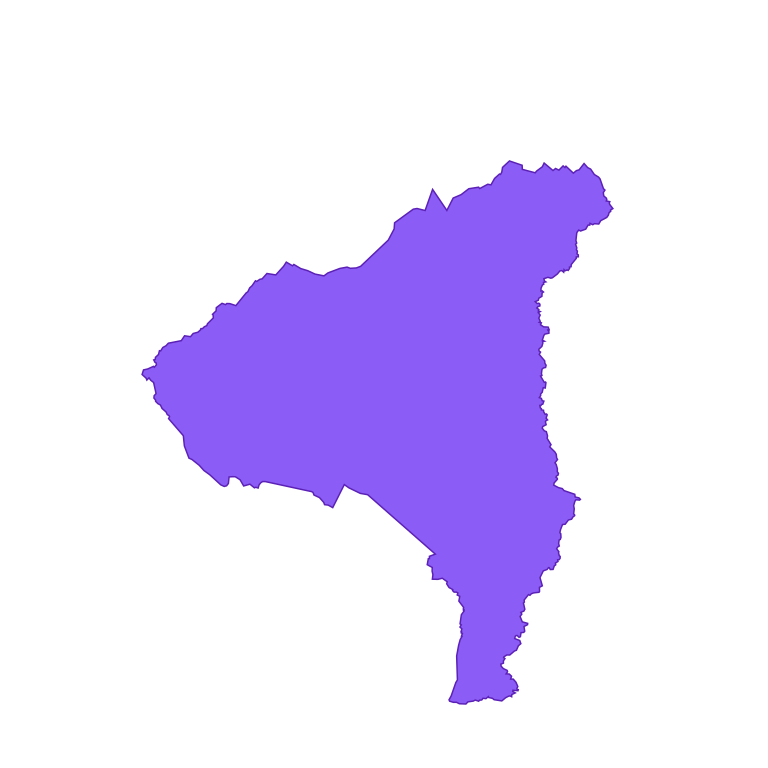 the district of Pueai Noi, Khon Kaen, Thailand, rotated 20°
{"feature_id": "78962969B8052228194876", "entity_name": "Pueai Noi", "entity_type": "district", "adm_level": 2, "iso_a3": "THA", "parent_name": "Thailand", "parent_adm1": "Khon Kaen", "projection": "mercator", "projection_center": [102.886, 15.893], "detail": "fine", "context": "isolated", "style": "filled", "palette": "violet", "viewbox_px": 768, "rotation_deg": 20, "n_neighbors": 0, "source": "geoboundaries", "source_scale": "gbopen_adm2", "svg_char_len": 6170}
<svg xmlns="http://www.w3.org/2000/svg" viewBox="0 0 768 768"><g transform="rotate(20 384 384)"><path d="M162.0,433.4L160.1,437.1L160.6,439.3L159.4,440.1L161.3,441.9L162.6,442.1L163.6,443.8L162.4,446.8L161.3,446.3L156.8,450.7L153.2,453.0L153.4,457.8L158.5,459.9L159.8,461.4L161.1,458.6L163.6,460.3L167.0,461.4L173.1,471.0L172.0,473.6L172.6,475.9L174.9,477.3L175.3,478.4L178.2,479.8L181.1,480.2L183.8,482.9L188.9,484.9L190.8,486.9L192.7,487.2L193.7,488.1L193.4,490.2L213.1,501.2L217.6,510.5L226.1,520.4L229.3,520.6L238.2,523.6L244.4,526.9L251.4,528.9L265.1,534.6L268.9,534.9L270.9,533.5L271.8,530.7L270.2,524.3L273.4,522.9L276.0,522.0L281.5,523.2L287.0,527.8L292.3,524.0L297.7,525.9L298.9,524.9L301.3,524.8L301.1,521.5L302.0,518.9L303.3,517.2L305.8,516.3L352.7,509.9L354.3,510.1L356.2,512.3L362.2,512.8L367.9,515.9L369.4,517.7L373.0,516.9L378.1,517.7L381.1,492.1L386.6,493.6L399.2,494.9L406.5,493.6L490.4,526.3L485.6,530.4L486.4,532.5L485.4,533.0L486.4,539.0L492.1,539.9L493.2,543.4L495.2,546.5L496.2,550.9L501.5,549.1L505.2,546.6L511.1,548.2L511.2,550.3L514.7,553.0L519.0,553.7L519.1,554.7L521.1,555.6L523.3,554.8L524.9,555.1L524.9,557.2L527.8,557.6L528.6,562.4L535.2,566.7L535.5,568.5L536.4,568.8L536.2,569.7L536.9,569.9L535.6,574.3L537.5,583.4L539.0,583.9L538.5,586.4L540.9,587.5L541.1,590.4L541.7,590.4L541.7,591.5L543.0,591.6L543.0,594.5L543.6,594.5L543.0,598.2L543.5,604.1L545.3,614.7L554.2,637.0L553.6,640.0L553.8,654.2L553.1,658.5L554.1,659.6L558.0,659.4L561.0,658.3L564.1,658.7L570.4,656.7L571.6,654.0L576.4,651.4L577.8,649.8L581.5,649.7L581.8,648.5L583.9,647.5L584.5,645.5L587.4,644.8L589.0,642.1L589.6,642.8L593.4,642.3L595.4,643.0L603.1,641.5L605.6,637.2L607.8,634.8L609.1,634.0L610.9,634.2L610.3,632.1L613.0,629.4L610.1,628.9L609.9,627.7L614.8,626.4L614.7,625.3L613.6,625.6L613.0,624.7L613.2,622.5L610.0,619.1L606.4,617.1L603.9,618.0L603.8,615.0L600.9,613.7L597.9,614.6L598.5,612.1L597.7,611.0L593.5,610.6L590.6,609.1L589.6,607.3L591.7,605.5L590.9,603.3L591.6,600.7L590.0,600.2L590.0,599.4L592.0,596.7L594.9,595.6L597.9,590.3L599.5,588.9L599.8,584.0L601.4,581.2L599.3,578.6L593.9,578.5L593.6,576.2L594.2,575.2L595.3,574.8L597.5,575.9L598.6,574.8L597.8,570.8L600.3,569.6L600.8,568.2L598.5,564.0L601.2,561.1L600.9,559.8L595.3,560.2L591.4,555.9L592.2,553.1L590.7,551.8L593.1,549.6L593.4,547.5L589.9,542.1L590.5,540.9L589.6,539.1L591.8,532.5L593.4,532.6L594.2,530.7L596.1,529.1L600.9,526.7L601.1,525.7L599.6,521.9L601.8,519.5L596.8,512.6L597.6,505.1L600.7,502.5L601.4,500.3L602.1,500.1L603.7,501.5L606.3,500.4L606.2,496.7L607.2,495.2L606.3,493.6L608.2,491.3L607.3,489.8L608.7,489.1L609.1,487.6L608.5,485.7L607.4,485.4L605.8,483.0L605.7,481.8L602.6,479.8L602.9,477.9L604.1,476.3L602.7,474.2L601.9,470.7L602.8,469.8L602.8,467.7L601.3,464.2L600.1,463.6L599.7,460.3L599.8,455.0L602.2,453.8L603.8,448.7L606.5,446.9L607.1,444.1L608.1,442.7L608.1,442.0L606.6,441.1L605.5,436.3L603.8,433.4L603.5,428.8L604.0,427.1L607.5,426.2L608.0,425.2L606.1,424.3L602.3,424.8L601.0,422.4L589.6,422.6L587.3,421.3L583.5,421.7L578.1,421.0L577.7,418.8L579.5,414.3L579.1,413.3L577.5,412.9L577.5,411.6L578.7,410.1L578.5,408.3L576.8,407.1L575.9,404.3L573.3,400.7L571.6,399.6L572.9,395.6L571.5,394.4L569.9,391.1L567.8,389.4L561.2,386.4L561.7,383.9L555.9,379.3L555.4,376.8L552.8,373.2L550.7,373.2L547.8,371.4L547.7,369.7L550.3,366.8L548.6,364.3L548.8,363.0L550.0,361.8L548.0,360.6L547.9,357.2L547.0,356.6L545.9,357.4L543.5,355.5L542.9,354.1L540.7,354.5L540.3,353.3L539.1,353.0L537.8,350.9L538.8,350.6L539.1,349.2L540.1,348.7L540.1,345.4L538.4,345.6L536.8,343.7L534.6,343.7L535.2,341.3L534.6,339.8L535.5,337.7L534.9,333.0L536.9,332.6L535.7,327.3L535.1,326.9L534.0,327.6L528.4,323.0L529.5,322.0L528.4,320.4L527.4,316.1L528.4,314.3L530.2,313.2L529.9,310.9L528.1,309.5L527.1,307.3L519.7,303.1L520.2,300.5L518.4,299.9L517.6,298.4L519.5,294.7L519.3,291.3L518.5,289.9L520.1,288.9L517.8,288.7L517.6,283.5L518.2,282.0L521.6,279.9L521.1,278.4L519.3,277.2L519.7,276.7L520.6,277.3L520.8,276.7L518.8,274.4L514.5,275.7L510.8,274.8L510.9,272.7L508.8,273.0L509.4,271.7L506.9,269.1L507.2,265.8L504.6,264.2L506.0,262.5L504.0,262.6L504.1,261.1L501.6,260.3L502.1,258.8L503.8,257.3L503.2,255.7L501.9,255.1L500.2,256.0L497.9,254.9L500.4,252.5L500.1,250.5L502.4,247.6L501.4,244.3L502.4,243.0L500.8,242.4L499.7,243.0L498.8,240.2L499.0,236.6L500.0,235.7L499.1,234.0L501.1,232.7L499.6,232.3L498.2,230.4L501.5,227.7L504.6,227.5L505.9,226.6L509.3,221.3L510.6,217.6L512.3,216.6L514.6,217.5L514.1,215.0L515.4,215.7L517.1,214.2L518.2,214.3L518.9,212.0L518.3,210.8L519.7,209.8L519.1,207.7L521.7,200.2L521.2,198.8L523.1,198.0L522.4,196.2L520.8,195.7L520.3,193.0L518.9,192.1L518.6,190.1L516.2,187.1L516.9,185.7L515.3,183.6L513.4,175.8L514.3,172.8L516.4,173.0L520.6,169.5L521.4,164.9L523.0,164.3L522.6,162.6L525.7,162.9L526.9,161.4L531.1,160.2L531.8,156.4L536.4,151.2L537.1,148.6L536.9,145.9L538.0,144.3L537.4,143.0L539.1,140.9L534.6,138.0L533.8,136.9L533.8,135.4L530.3,136.0L530.3,134.5L529.4,133.3L526.2,132.1L524.6,129.1L525.3,126.2L523.4,125.4L516.9,117.4L514.9,116.2L510.0,115.2L504.7,111.4L501.4,111.0L496.6,108.4L494.1,116.0L491.8,117.7L489.8,121.1L480.5,117.1L480.0,118.7L477.7,117.8L475.2,123.2L471.5,122.8L469.8,125.6L458.9,121.6L458.5,125.7L454.5,131.8L453.9,133.8L440.6,135.0L439.0,131.2L425.6,131.5L421.3,139.9L422.2,144.6L421.8,147.2L420.7,147.2L417.6,153.0L416.4,160.3L413.2,160.8L407.1,167.6L405.6,166.7L396.9,171.5L391.7,179.7L385.4,185.6L383.7,199.4L363.1,184.5L363.3,206.9L355.0,207.8L351.7,209.7L338.8,228.9L340.5,234.8L338.8,247.3L321.8,281.4L318.3,284.4L312.8,286.8L309.3,286.8L303.0,290.5L293.3,298.8L290.6,302.9L281.6,304.3L273.6,303.6L266.3,304.0L258.4,302.5L257.6,304.2L250.5,302.9L249.4,307.7L245.0,318.5L236.2,320.2L233.5,326.9L231.5,328.1L229.4,331.1L227.9,331.0L226.4,336.8L224.9,339.6L224.5,343.9L223.3,345.6L218.0,361.0L211.7,361.2L208.8,362.1L207.9,363.6L204.2,363.6L200.3,369.6L201.2,372.7L199.0,377.2L199.9,377.7L201.0,380.3L197.5,387.8L197.5,389.8L195.6,391.6L194.5,394.0L193.0,394.6L193.1,395.8L191.4,399.0L187.4,401.8L186.0,405.7L180.1,406.9L178.7,412.6L167.4,419.4L166.0,422.7L163.7,425.3L162.8,429.3L161.6,429.5L162.0,433.4Z" fill="#8b5cf6" stroke="#5b21b6" stroke-width="1.5"/></g></svg>